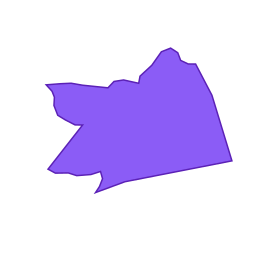 outline of Viçosa, Rio Grande do Norte, Brazil, rotated 65°
{"feature_id": "56859067B18888799469795", "entity_name": "Viçosa", "entity_type": "district", "adm_level": 2, "iso_a3": "BRA", "parent_name": "Brazil", "parent_adm1": "Rio Grande do Norte", "projection": "natural_earth1", "projection_center": [-37.965, -5.993], "detail": "fine", "context": "isolated", "style": "filled", "palette": "violet", "viewbox_px": 256, "rotation_deg": 65, "n_neighbors": 0, "source": "geoboundaries", "source_scale": "gbopen_adm2", "svg_char_len": 570}
<svg xmlns="http://www.w3.org/2000/svg" viewBox="0 0 256 256"><g transform="rotate(65 128 128)"><path d="M175.4,153.5L201.7,47.7L133.8,38.1L98.6,39.7L95.4,46.4L89.0,51.7L80.8,51.1L73.6,55.6L73.0,65.5L81.2,79.9L86.1,95.2L92.0,99.4L82.6,111.7L79.9,121.0L83.1,129.2L70.0,151.1L63.4,160.6L59.4,170.3L54.3,183.9L62.7,181.3L69.0,181.7L76.3,185.6L86.8,186.3L94.3,181.3L102.8,174.7L106.1,167.9L131.5,217.9L138.2,212.9L143.5,201.1L149.5,194.6L154.5,181.3L155.8,171.3L163.2,172.5L169.0,178.6L172.8,184.7L175.4,153.5Z" fill="#8b5cf6" stroke="#5b21b6" stroke-width="1.5"/></g></svg>